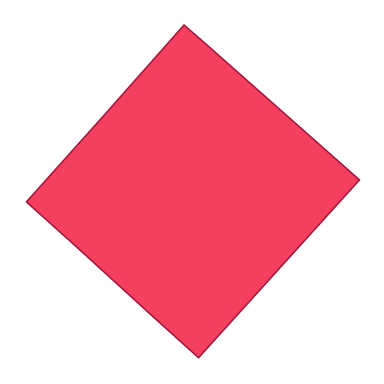 the district of Parker, Texas, United States of America, rotated 221°
{"feature_id": "52423323B6127736207828", "entity_name": "Parker", "entity_type": "district", "adm_level": 2, "iso_a3": "USA", "parent_name": "United States of America", "parent_adm1": "Texas", "projection": "mercator", "projection_center": [-97.745, 32.779], "detail": "fine", "context": "isolated", "style": "filled", "palette": "rose", "viewbox_px": 384, "rotation_deg": 221, "n_neighbors": 0, "source": "geoboundaries", "source_scale": "gbopen_adm2", "svg_char_len": 283}
<svg xmlns="http://www.w3.org/2000/svg" viewBox="0 0 384 384"><g transform="rotate(221 192 192)"><path d="M139.3,72.3L78.3,71.2L73.5,311.0L277.5,312.8L307.6,312.8L308.7,193.9L310.5,76.1L308.5,75.8L249.1,74.9L139.3,72.3Z" fill="#f43f5e" stroke="#9f1239" stroke-width="1.5"/></g></svg>